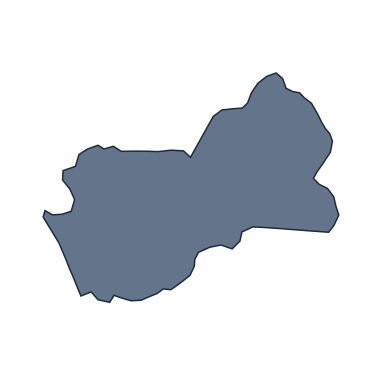 Bom Jesus do Oeste, Santa Catarina, Brazil (Robinson projection), rotated 72°
{"feature_id": "56859067B58988295597686", "entity_name": "Bom Jesus do Oeste", "entity_type": "district", "adm_level": 2, "iso_a3": "BRA", "parent_name": "Brazil", "parent_adm1": "Santa Catarina", "projection": "robinson", "projection_center": [-53.096, -26.684], "detail": "fine", "context": "isolated", "style": "filled", "palette": "slate", "viewbox_px": 384, "rotation_deg": 72, "n_neighbors": 0, "source": "geoboundaries", "source_scale": "gbopen_adm2", "svg_char_len": 1139}
<svg xmlns="http://www.w3.org/2000/svg" viewBox="0 0 384 384"><g transform="rotate(72 192 192)"><path d="M268.6,84.1L272.5,74.4L267.3,67.0L259.2,59.5L250.0,59.5L240.4,58.7L230.6,62.0L223.7,68.9L216.6,72.3L211.4,66.8L205.4,58.7L196.9,48.1L187.0,42.7L179.1,43.0L173.0,45.5L165.9,47.1L156.9,48.4L144.5,51.0L137.2,56.1L130.9,59.0L127.6,65.2L122.4,70.5L112.2,70.7L104.8,75.2L105.1,85.1L108.9,95.6L115.8,104.6L124.6,111.7L127.7,118.2L125.5,127.3L123.2,138.1L126.6,148.3L158.5,182.7L150.2,187.4L145.7,199.2L143.2,211.5L138.9,223.4L135.1,234.9L131.5,246.7L124.2,252.7L123.9,262.4L118.5,266.9L118.8,277.9L121.4,287.9L131.6,294.9L131.8,308.0L140.6,311.4L151.5,307.2L162.9,306.0L173.0,312.8L173.0,322.4L170.6,331.9L164.3,337.5L169.8,341.3L199.3,334.3L217.7,332.7L227.1,332.2L234.5,331.4L256.6,329.8L255.9,318.8L265.5,314.6L271.5,304.4L266.2,298.1L271.5,291.1L276.7,283.4L279.2,273.9L278.3,264.5L277.8,256.7L275.3,249.3L278.4,242.3L274.9,231.2L270.7,219.7L263.4,212.8L257.0,210.2L251.4,204.5L250.0,192.2L251.4,180.8L258.5,171.4L253.6,161.7L245.4,156.8L244.0,144.9L248.5,133.1L268.6,84.1Z" fill="#64748b" stroke="#1e293b" stroke-width="1.5"/></g></svg>